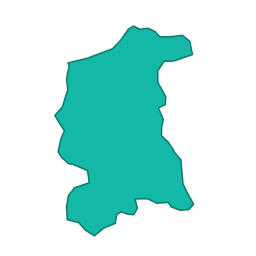 the district of Spitali, Limassol, Cyprus, rotated 348°
{"feature_id": "46923920B19373286387095", "entity_name": "Spitali", "entity_type": "district", "adm_level": 2, "iso_a3": "CYP", "parent_name": "Cyprus", "parent_adm1": "Limassol", "projection": "orthographic", "projection_center": [33.009, 34.764], "detail": "fine", "context": "isolated", "style": "filled", "palette": "teal", "viewbox_px": 256, "rotation_deg": 348, "n_neighbors": 0, "source": "geoboundaries", "source_scale": "gbopen_adm2", "svg_char_len": 993}
<svg xmlns="http://www.w3.org/2000/svg" viewBox="0 0 256 256"><g transform="rotate(348 128 128)"><path d="M82.9,51.9L83.2,55.7L79.7,62.8L77.8,69.4L77.1,78.2L73.2,84.7L68.3,93.7L59.1,100.5L61.4,107.6L65.2,117.5L60.0,124.8L54.7,136.9L57.0,143.1L62.6,150.7L66.7,152.2L79.6,161.2L78.7,173.5L63.4,175.3L55.7,181.6L51.5,192.4L49.5,205.1L60.2,210.3L65.2,219.3L72.8,226.5L83.6,220.8L95.8,218.6L98.9,210.5L103.7,208.6L110.4,212.5L115.6,214.0L120.4,208.6L120.2,198.9L132.4,201.3L140.4,207.5L151.9,209.2L153.7,214.0L161.9,219.3L170.6,220.4L172.5,219.0L176.3,216.2L172.4,203.1L170.2,194.1L171.5,182.8L173.2,170.3L170.0,164.5L168.7,162.0L166.9,156.3L164.3,150.0L159.1,142.4L161.1,134.3L164.3,126.9L161.9,114.6L169.3,112.9L171.5,105.2L166.7,89.9L168.9,78.4L177.2,70.3L186.9,72.0L197.2,70.7L206.3,69.6L206.5,56.1L200.6,48.7L187.2,47.4L178.0,45.4L174.5,39.3L168.5,34.7L160.0,33.8L154.7,29.5L149.2,31.2L139.1,40.6L129.2,47.3L102.4,51.3L82.9,51.9Z" fill="#14b8a6" stroke="#0f766e" stroke-width="1.5"/></g></svg>